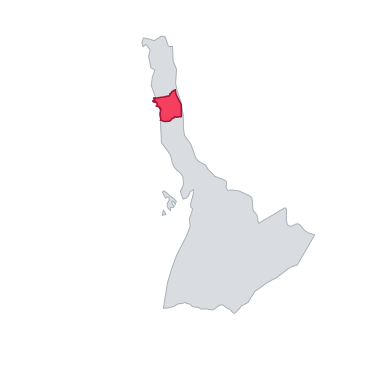 Maekel Deb.Keih Bahri, Debubawi Keyih Bahri, Eritrea shown in context, rotated 215°
{"feature_id": "51966322B58552537539737", "entity_name": "Maekel Deb.Keih Bahri", "entity_type": "district", "adm_level": 2, "iso_a3": "ERI", "parent_name": "Eritrea", "parent_adm1": "Debubawi Keyih Bahri", "projection": "albers", "projection_center": [41.68, 13.747], "detail": "fine", "context": "in_parent", "style": "filled", "palette": "rose", "viewbox_px": 384, "rotation_deg": 215, "n_neighbors": 0, "source": "geoboundaries", "source_scale": "gbopen_adm2", "svg_char_len": 5924}
<svg xmlns="http://www.w3.org/2000/svg" viewBox="0 0 384 384"><g transform="rotate(215 192 192)"><path d="M66.9,227.2L65.9,215.8L65.2,208.2L64.6,200.1L63.9,192.5L67.6,187.9L69.4,183.5L74.0,169.2L75.8,166.3L79.4,158.7L79.9,156.5L83.4,146.8L83.2,140.4L82.7,133.8L84.6,130.0L86.3,126.9L86.2,124.3L87.1,118.3L87.6,116.8L89.6,116.7L93.7,117.6L96.7,117.0L100.2,117.1L102.9,116.9L104.5,115.1L106.8,108.1L108.2,106.7L109.3,106.2L112.4,105.0L115.0,103.0L117.2,101.5L118.0,101.2L120.2,101.1L122.5,100.2L123.6,99.3L126.4,98.5L129.2,99.0L131.1,98.2L132.3,97.6L133.8,97.6L135.1,96.8L135.6,95.5L136.5,94.7L138.7,92.9L139.7,91.6L140.2,90.3L140.6,89.2L141.6,87.4L145.4,83.0L148.7,80.4L159.9,103.3L164.4,116.9L168.3,131.0L171.2,152.2L173.9,163.0L178.6,168.4L181.7,178.5L184.5,178.9L186.4,181.7L189.8,191.1L192.2,194.7L193.6,191.7L193.4,189.9L192.5,187.0L193.4,183.3L195.3,181.0L199.7,184.1L202.1,186.4L202.7,191.1L203.6,193.7L208.2,199.2L212.1,200.8L217.1,201.2L221.3,202.4L224.6,204.4L230.9,210.0L245.3,214.9L256.9,229.8L263.8,240.1L286.4,255.8L290.3,263.2L292.3,270.6L297.1,270.2L305.3,278.2L307.7,284.3L314.4,286.5L315.5,282.9L318.8,285.8L320.1,290.4L315.8,292.3L311.1,293.9L310.4,293.8L308.9,296.0L306.7,301.8L304.2,303.5L302.9,303.6L295.5,298.2L294.4,297.9L292.8,299.0L291.6,300.1L288.2,296.0L285.7,292.4L282.2,288.1L278.8,286.1L275.1,283.7L271.6,278.0L267.9,271.8L262.5,266.6L252.4,259.2L243.2,249.9L236.2,240.1L231.6,235.0L229.7,233.7L220.3,230.4L213.8,225.9L208.7,222.2L205.6,221.2L202.6,221.1L196.2,221.8L190.9,219.4L188.7,219.4L185.1,218.7L182.3,217.9L179.0,218.8L172.3,220.4L169.5,220.0L168.0,217.7L167.2,215.9L164.8,214.1L162.9,214.0L161.8,215.7L154.7,219.7L142.9,221.9L140.1,221.7L138.1,220.0L132.2,212.8L130.5,211.6L129.2,211.5L126.4,210.6L123.9,209.2L121.6,206.3L119.4,204.6L116.9,210.2L112.4,220.1L110.0,225.4L107.0,232.2L106.0,232.4L104.5,231.9L98.8,223.2L95.1,219.9L92.4,220.2L90.3,221.7L89.0,224.6L87.6,226.3L86.1,227.0L82.9,226.6L78.0,225.1L72.9,225.3L67.6,227.1L66.9,227.2ZM206.0,172.2L207.5,174.3L208.6,174.1L209.5,173.4L210.1,171.9L216.1,174.9L215.8,176.8L212.2,176.9L208.0,176.1L204.2,176.3L199.6,175.4L198.6,172.1L201.5,173.7L203.0,173.3L203.3,172.9L201.2,170.7L198.3,170.2L198.5,168.4L199.8,167.8L200.6,166.9L199.0,164.5L202.3,165.0L204.3,166.5L205.7,168.2L206.0,172.2ZM203.6,156.9L204.9,160.7L201.1,159.2L200.5,158.4L202.2,156.9L202.5,156.0L203.6,156.9Z" fill="#d9dde1" stroke="#a8b0b8" stroke-width="1"/><path d="M243.6,247.2L250.9,257.3L260.8,262.7L260.9,262.8L261.0,262.8L261.6,263.4L263.9,265.6L264.3,266.1L264.5,265.9L264.6,265.7L264.9,265.1L265.0,264.8L265.2,264.7L265.4,264.2L265.5,263.7L265.7,263.3L265.8,263.1L265.9,262.9L266.0,262.5L266.1,262.2L266.1,261.9L266.0,261.7L265.8,261.7L265.7,261.6L265.6,261.3L265.6,261.1L265.8,260.6L266.4,259.8L266.4,259.6L266.3,259.4L266.1,259.2L265.9,259.0L265.7,258.7L265.8,258.3L265.9,257.8L266.1,257.5L266.1,257.1L266.4,257.0L266.7,256.8L266.9,256.5L267.1,256.4L267.4,256.2L268.1,255.4L268.6,254.9L268.7,254.7L269.0,254.2L269.5,253.6L270.1,253.1L270.6,252.8L270.9,252.6L271.3,252.1L271.9,251.6L272.2,251.3L272.6,250.9L273.2,250.3L273.4,250.0L273.9,249.6L274.2,249.3L274.4,249.1L275.3,248.3L275.5,248.1L276.1,247.8L276.5,247.7L276.9,247.5L277.2,247.2L277.0,246.9L277.0,246.7L276.9,246.5L276.7,246.5L276.4,246.4L276.2,246.3L275.9,246.1L275.8,245.9L275.8,245.7L275.8,245.4L275.7,245.3L275.4,245.3L275.2,245.3L274.9,245.3L274.7,245.4L274.7,245.5L274.6,245.4L274.5,245.2L274.4,245.1L274.2,245.1L274.0,244.9L273.9,244.8L274.0,244.7L273.9,244.6L273.7,244.4L273.6,244.5L273.5,244.8L273.3,244.9L273.2,244.9L273.0,244.7L272.9,244.8L272.7,244.8L272.6,244.7L272.4,244.8L272.2,244.8L271.9,244.8L271.7,244.9L271.5,244.7L271.4,244.6L271.3,244.4L271.2,244.2L271.1,243.9L270.7,243.9L270.5,243.7L270.4,243.6L270.4,243.4L270.0,243.2L269.9,242.9L269.8,242.6L269.7,242.6L269.3,242.4L269.1,242.4L269.0,242.5L268.6,242.5L268.4,242.6L268.3,242.8L268.2,242.8L267.9,242.8L267.7,242.7L267.4,242.7L267.2,242.6L267.1,242.8L266.9,242.8L266.5,242.8L266.4,242.7L266.3,242.4L266.4,242.2L266.3,241.9L266.1,241.9L266.0,242.0L265.9,242.0L265.8,241.9L265.7,241.9L265.6,242.1L265.4,242.1L265.2,242.2L264.9,242.0L264.8,241.7L264.7,241.5L264.7,241.3L264.7,241.2L264.6,240.9L264.5,240.7L264.4,240.6L264.3,240.4L264.3,240.2L264.2,240.1L264.1,239.9L264.0,239.6L263.8,239.4L263.7,239.2L263.6,238.8L263.6,238.3L263.4,238.1L263.2,238.1L263.1,237.9L262.9,237.8L262.8,237.6L262.7,237.4L262.6,237.2L262.5,236.9L262.4,236.8L262.3,236.6L262.2,236.5L262.1,236.4L261.9,236.2L261.7,236.1L261.5,235.9L261.3,235.7L261.2,235.5L261.1,235.4L260.8,235.2L260.7,235.1L260.5,234.9L260.4,234.9L260.1,234.6L260.0,234.4L259.9,234.4L259.7,234.3L259.6,234.2L259.4,234.0L259.3,233.7L259.2,233.5L259.1,233.4L259.0,233.1L259.0,232.9L258.8,233.0L258.5,233.0L258.2,233.1L257.6,233.2L256.5,233.5L255.4,233.8L255.1,234.0L254.4,234.4L253.9,234.7L253.4,235.2L253.1,235.4L252.6,235.8L252.2,236.2L251.9,236.4L251.6,236.6L251.4,236.8L250.9,237.5L250.7,237.8L250.6,238.1L250.5,238.6L250.5,238.8L250.6,239.2L250.6,239.3L250.6,239.6L250.5,239.9L250.4,240.2L250.3,240.6L250.2,240.8L250.3,241.1L250.2,241.2L250.1,241.3L249.8,241.4L249.8,241.6L249.8,241.8L249.7,242.0L249.4,242.4L249.4,242.7L249.4,242.8L249.2,242.9L249.0,243.0L248.9,243.1L249.0,243.3L249.1,243.5L249.3,243.9L249.3,244.0L249.2,244.1L248.6,244.3L248.1,244.4L247.6,244.4L247.3,244.5L247.2,244.6L247.1,244.8L246.9,245.2L246.8,245.3L246.7,245.4L246.2,245.5L245.9,246.1L245.7,246.5L245.3,246.7L245.1,246.8L244.8,247.0L244.3,247.1L244.1,247.3L243.8,247.4L243.6,247.2L243.6,247.2ZM276.7,243.7L276.4,243.7L276.4,243.8L276.2,243.9L276.1,244.0L275.9,244.2L275.9,244.3L276.0,244.3L276.2,244.2L276.3,244.1L276.5,243.9L276.6,243.7L276.7,243.7ZM274.9,244.1L274.8,243.9L274.7,244.0L274.4,244.2L274.4,244.3L274.3,244.5L274.5,244.5L274.6,244.4L274.7,244.2L274.8,244.1L274.9,244.1ZM270.4,242.0L270.5,241.9L270.4,241.8L270.3,242.0L270.4,242.0Z" fill="#f43f5e" stroke="#9f1239" stroke-width="1.5"/></g></svg>